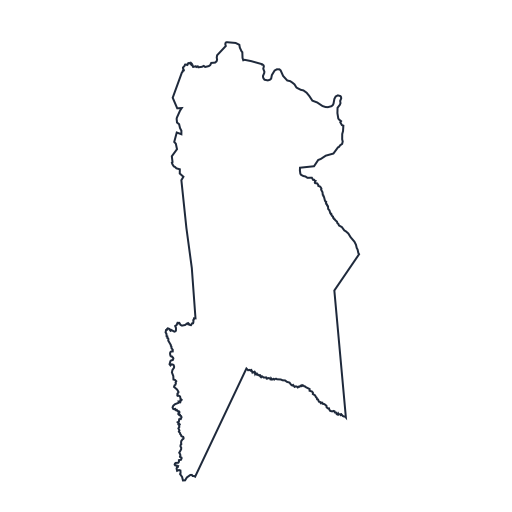 outline of Chibuto, Gaza, Mozambique, rotated 174°
{"feature_id": "85939544B98651386750815", "entity_name": "Chibuto", "entity_type": "district", "adm_level": 2, "iso_a3": "MOZ", "parent_name": "Mozambique", "parent_adm1": "Gaza", "projection": "natural_earth1", "projection_center": [33.631, -24.266], "detail": "fine", "context": "isolated", "style": "outline", "palette": "slate", "viewbox_px": 512, "rotation_deg": 174, "n_neighbors": 0, "source": "geoboundaries", "source_scale": "gbopen_adm2", "svg_char_len": 6082}
<svg xmlns="http://www.w3.org/2000/svg" viewBox="0 0 512 512"><g transform="rotate(174 256 256)"><path d="M353.9,189.5L353.2,188.0L353.3,185.5L352.6,185.3L352.7,183.7L352.2,183.5L351.8,182.6L352.1,181.0L350.0,176.3L350.1,175.5L349.6,174.8L349.7,173.3L348.6,171.4L348.8,169.8L350.2,169.9L351.0,169.5L351.5,168.7L351.7,167.6L351.5,165.7L350.9,165.0L350.0,164.8L349.6,163.9L349.1,163.6L348.9,162.6L349.7,161.2L351.2,161.1L352.1,160.4L353.3,157.4L352.5,156.1L351.4,157.1L350.2,156.8L349.3,156.1L349.0,154.7L349.2,153.5L351.0,151.4L351.8,149.0L350.8,145.2L351.0,141.8L349.5,141.2L348.4,139.8L349.2,138.6L349.0,137.8L349.6,136.4L350.5,135.9L351.2,134.4L348.4,131.4L347.3,128.9L347.4,128.4L348.5,127.4L348.8,125.4L348.5,125.1L347.7,125.3L346.2,124.2L346.0,122.0L345.0,120.7L345.5,120.3L346.1,120.9L346.6,119.9L346.3,119.3L346.6,118.5L348.2,119.3L348.3,118.1L352.0,117.1L353.9,115.8L354.8,114.2L354.4,112.7L353.8,112.3L352.4,112.4L352.2,111.4L351.6,111.4L351.4,110.9L350.8,111.1L350.3,110.1L348.9,109.6L348.7,109.2L349.0,108.9L348.5,108.7L348.6,107.9L349.8,107.0L349.0,105.9L348.2,105.8L348.2,105.3L347.3,104.7L346.9,103.5L347.8,101.8L348.5,102.1L349.1,101.4L349.5,101.5L350.0,99.4L351.2,98.9L350.7,98.4L350.8,97.3L350.2,97.5L349.4,96.5L350.3,95.2L350.1,94.0L351.2,92.7L350.4,90.6L351.1,89.4L350.0,87.8L350.0,86.8L349.4,86.1L349.0,84.6L347.3,83.7L347.0,82.5L347.4,81.7L348.2,81.4L349.7,79.7L350.1,77.7L349.9,76.8L350.8,75.8L351.0,74.5L350.4,73.1L350.7,71.5L352.9,68.4L352.1,66.6L352.1,65.2L352.6,64.5L352.5,64.0L351.2,63.3L351.1,62.7L351.9,61.2L354.0,61.0L354.1,59.5L354.9,58.5L357.5,58.6L358.3,58.0L358.7,57.0L358.1,56.1L356.7,56.0L356.1,55.1L355.5,55.1L355.8,54.3L356.7,54.1L357.2,52.9L356.9,50.6L354.9,51.2L353.6,50.6L353.7,48.0L354.3,47.1L352.6,44.0L352.1,40.4L350.0,40.3L347.9,43.0L344.2,45.1L342.7,45.0L342.0,43.8L340.5,43.6L339.6,42.9L277.3,145.1L275.8,143.2L274.1,143.4L273.5,142.7L272.7,143.0L272.7,142.3L271.5,142.1L272.1,141.9L271.8,140.7L271.4,141.1L270.8,140.5L269.5,141.1L268.9,140.0L269.3,139.4L269.2,138.7L268.8,139.2L267.7,139.0L267.9,138.4L267.5,137.9L266.8,138.1L266.4,137.4L265.5,137.3L265.3,136.9L264.5,137.0L264.4,135.9L263.6,134.9L262.7,135.8L261.0,134.3L258.6,134.2L258.3,133.2L257.9,133.4L257.6,132.9L256.1,133.3L254.8,132.7L254.5,131.8L253.7,132.0L253.6,132.4L253.0,131.4L251.5,132.0L250.8,131.2L249.7,131.8L248.7,131.8L248.0,131.2L244.3,130.6L242.5,129.6L240.1,129.2L238.4,127.6L235.9,126.6L234.7,124.5L233.5,123.4L232.6,123.9L231.3,121.8L230.0,122.2L228.8,121.7L228.2,120.9L227.0,121.7L226.3,121.4L225.2,122.4L224.6,122.3L224.3,121.8L223.8,121.9L223.5,122.7L222.4,122.2L221.6,121.3L220.9,121.2L220.1,120.3L216.6,118.1L216.8,116.4L214.4,115.3L213.7,114.1L213.9,112.8L211.8,111.2L211.2,109.5L210.5,108.8L210.2,107.1L209.3,106.8L208.7,104.6L207.3,104.0L207.0,103.0L206.3,103.4L205.4,103.2L205.3,102.1L203.6,101.6L202.9,101.0L201.6,99.7L201.6,98.2L200.5,97.0L199.3,96.8L199.3,96.0L198.4,94.2L196.5,93.5L195.0,93.8L194.1,93.3L194.0,92.2L192.5,91.8L192.4,90.6L191.9,90.0L191.1,89.6L190.6,90.6L190.2,89.8L188.0,89.8L188.1,88.9L187.2,89.0L186.4,87.8L185.1,87.1L184.2,87.1L183.5,86.1L181.7,213.5L153.3,247.0L153.9,248.2L154.3,251.8L155.0,253.5L155.4,256.7L156.6,259.9L159.9,264.7L161.8,268.7L164.0,271.1L165.5,272.2L167.6,275.8L170.3,277.7L170.7,279.2L171.6,280.1L171.9,281.7L173.5,283.4L173.7,284.1L174.5,284.6L174.7,285.5L175.3,285.9L175.3,287.1L176.4,288.2L176.7,289.9L177.1,289.9L177.2,290.5L177.6,290.7L178.2,293.7L179.3,295.3L179.2,298.0L180.0,298.7L179.9,299.4L180.8,300.6L180.5,300.9L181.1,302.8L180.9,302.9L181.6,303.6L182.2,307.6L182.7,308.4L182.6,309.2L183.2,309.8L183.2,312.5L184.3,315.2L183.9,316.1L184.4,317.4L185.1,318.4L186.7,319.2L186.7,320.3L187.6,321.8L189.6,322.3L189.8,323.1L189.0,324.4L189.6,324.6L190.2,325.7L191.2,325.7L192.3,328.0L196.7,328.4L198.5,329.9L200.6,330.6L202.7,332.0L203.3,333.2L203.4,336.6L203.0,339.2L188.9,339.2L184.1,345.0L181.5,345.7L176.1,348.5L168.3,349.8L163.1,355.5L161.9,355.9L160.9,357.2L158.6,358.5L157.8,360.8L158.1,363.0L157.5,368.3L156.4,371.1L155.5,376.5L156.9,377.2L158.2,380.2L157.3,381.2L159.3,383.2L159.8,384.2L160.1,389.6L159.4,394.9L156.8,397.6L156.0,399.2L156.1,401.4L154.8,403.8L154.8,405.2L155.3,406.2L157.8,407.2L160.1,406.3L161.6,404.1L163.0,399.4L163.7,398.2L165.2,397.1L169.0,396.5L171.3,396.9L174.2,398.2L179.1,402.3L183.7,404.6L186.3,409.6L188.6,413.1L191.5,415.7L194.1,416.6L197.5,418.8L198.2,419.4L199.8,422.7L201.8,424.7L203.7,426.3L206.6,427.3L210.2,432.2L212.1,438.0L213.2,439.2L215.7,439.5L218.1,438.5L221.3,434.3L222.4,430.8L223.8,429.8L225.9,429.4L229.1,430.4L230.0,431.9L230.3,433.4L230.2,434.4L228.7,437.1L228.4,438.4L229.2,441.5L228.4,443.6L228.5,444.7L229.3,445.6L230.1,445.8L230.1,446.2L240.4,450.3L246.8,452.3L248.2,452.0L248.7,454.4L248.3,460.1L249.0,461.1L250.3,464.9L250.5,467.8L254.0,470.0L262.7,471.7L263.8,471.4L264.4,470.0L264.1,468.0L273.7,459.7L274.3,457.5L274.2,455.3L274.9,453.7L276.5,452.6L280.3,452.7L281.6,450.6L283.1,449.8L286.8,449.3L288.1,450.5L290.0,449.8L293.6,449.7L294.1,450.7L295.6,450.2L296.1,451.0L298.6,450.6L298.9,450.7L299.1,452.3L300.0,452.5L299.7,453.8L300.6,454.9L301.3,454.1L302.3,455.0L303.3,454.8L304.1,453.3L304.5,453.1L305.3,453.7L306.5,453.8L307.3,452.4L308.9,451.1L309.0,450.5L308.3,448.3L308.6,447.9L309.4,448.0L309.8,446.8L310.5,446.3L322.3,422.1L318.9,411.1L314.4,410.9L316.3,408.6L320.2,401.9L320.6,400.7L320.6,397.0L318.7,395.1L318.2,391.2L317.1,388.4L317.5,384.9L321.9,387.1L325.4,378.0L324.0,376.1L323.4,370.5L329.3,364.0L329.2,358.1L329.9,357.6L329.5,355.9L328.4,353.7L327.2,353.0L326.0,351.5L322.7,350.2L323.2,346.0L319.9,342.4L322.3,339.2L322.3,291.3L321.1,250.7L322.7,200.3L324.2,200.5L324.5,199.2L325.1,198.8L325.1,197.0L325.6,195.7L326.6,195.7L327.9,194.0L328.9,194.3L330.2,196.0L330.7,195.3L331.4,196.2L333.7,194.8L336.9,194.5L338.3,195.4L339.2,197.4L339.9,197.1L340.3,197.7L341.0,197.8L342.2,195.6L343.7,194.8L343.1,192.8L343.4,190.4L343.9,189.6L345.1,189.3L348.0,191.3L348.2,190.7L348.8,190.5L349.9,192.2L349.9,192.6L351.3,193.3L352.1,192.7L352.3,191.9L353.2,191.8L353.9,189.5Z" fill="none" stroke="#1e293b" stroke-width="2"/></g></svg>